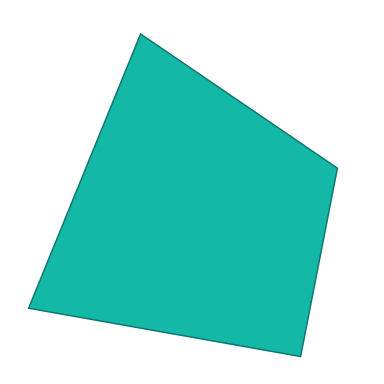 outline of Paris Paris, Al Wadi at Jadid, Egypt, rotated 281°
{"feature_id": "37247803B13722182372819", "entity_name": "Paris Paris", "entity_type": "district", "adm_level": 2, "iso_a3": "EGY", "parent_name": "Egypt", "parent_adm1": "Al Wadi at Jadid", "projection": "natural_earth1", "projection_center": [30.442, 22.93], "detail": "fine", "context": "isolated", "style": "filled", "palette": "teal", "viewbox_px": 384, "rotation_deg": 281, "n_neighbors": 0, "source": "geoboundaries", "source_scale": "gbopen_adm2", "svg_char_len": 227}
<svg xmlns="http://www.w3.org/2000/svg" viewBox="0 0 384 384"><g transform="rotate(281 192 192)"><path d="M51.2,330.0L243.1,330.2L337.3,111.4L46.7,53.8L51.2,330.0Z" fill="#14b8a6" stroke="#0f766e" stroke-width="1.5"/></g></svg>